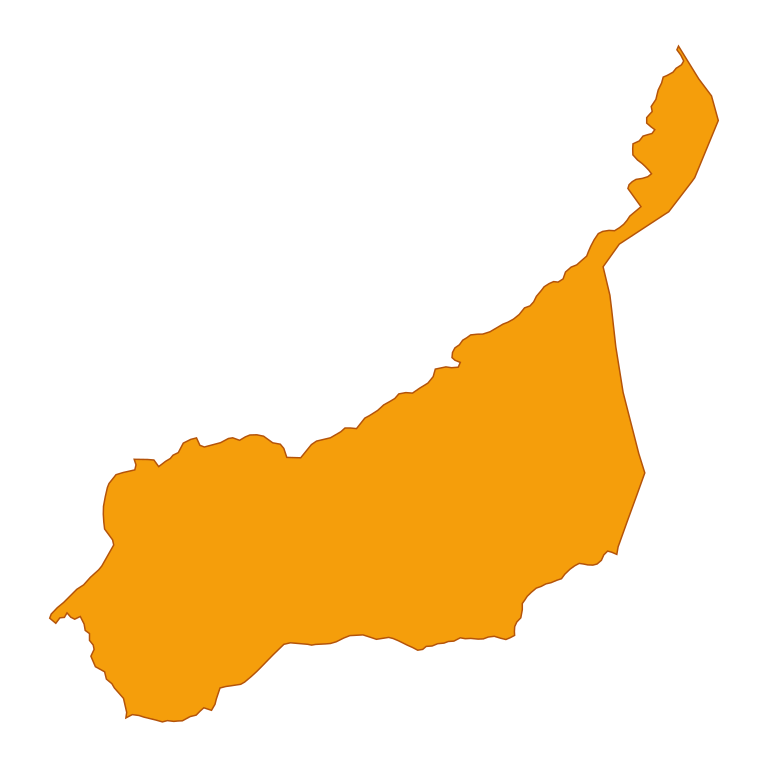 Tianguá, Ceará, Brazil (Mercator projection)
{"feature_id": "56859067B23050099272631", "entity_name": "Tianguá", "entity_type": "district", "adm_level": 2, "iso_a3": "BRA", "parent_name": "Brazil", "parent_adm1": "Ceará", "projection": "mercator", "projection_center": [-41.046, -3.659], "detail": "fine", "context": "isolated", "style": "filled", "palette": "amber", "viewbox_px": 768, "rotation_deg": 0, "n_neighbors": 0, "source": "geoboundaries", "source_scale": "gbopen_adm2", "svg_char_len": 3538}
<svg xmlns="http://www.w3.org/2000/svg" viewBox="0 0 768 768"><path d="M125.9,717.9L132.3,714.6L139.0,715.5L144.2,717.2L155.7,720.0L162.4,721.9L167.4,720.6L173.8,721.4L177.9,721.0L182.4,720.8L190.1,716.6L196.2,715.1L199.9,711.3L203.8,707.8L211.5,710.3L215.0,704.3L216.3,699.1L220.0,688.0L225.8,686.5L230.2,685.9L240.7,684.3L244.6,682.1L251.6,676.2L256.6,671.6L260.8,667.4L265.0,663.1L267.8,660.2L273.5,654.4L283.9,644.3L290.4,642.8L307.7,644.3L311.6,645.1L315.6,644.4L325.6,643.9L330.4,643.5L336.2,641.8L343.8,638.0L349.9,635.6L363.0,634.9L371.4,637.6L376.4,639.3L388.7,637.4L393.1,638.5L398.3,640.7L402.6,642.8L407.2,645.1L412.6,647.5L417.7,650.2L422.7,649.4L426.2,646.4L432.1,646.0L437.7,643.7L444.0,643.1L448.3,641.5L453.9,641.1L460.3,637.8L465.2,638.7L470.7,638.4L478.1,639.1L483.3,638.9L488.4,637.0L494.3,636.3L500.9,638.3L505.9,639.5L510.4,637.6L514.6,635.4L514.4,631.4L514.7,626.6L516.8,622.0L520.8,617.8L522.3,609.7L522.3,603.5L524.8,600.0L527.2,596.3L531.3,592.3L536.3,588.1L541.2,586.4L545.9,583.9L551.0,582.7L556.7,580.3L561.5,578.7L564.8,574.2L570.1,569.1L574.7,565.8L579.2,563.4L583.4,564.0L587.8,564.9L592.9,565.1L597.1,564.0L601.4,560.3L603.8,554.9L607.6,551.1L611.7,552.2L616.8,554.4L618.1,546.9L628.1,519.0L636.5,496.0L644.8,472.9L638.8,453.7L623.1,392.4L615.8,346.8L614.1,331.6L611.7,310.1L609.9,295.2L603.1,266.8L619.3,244.1L664.6,214.4L668.7,211.8L691.8,181.7L694.7,177.7L718.3,120.5L711.5,95.9L698.9,79.1L678.5,46.1L676.9,49.8L680.9,55.3L683.7,61.0L681.5,64.8L676.1,68.3L673.0,72.2L667.0,75.5L663.2,77.1L661.6,83.0L658.2,90.0L657.2,94.0L655.9,99.4L651.2,106.5L652.2,111.5L649.5,114.4L646.7,117.6L646.7,123.1L651.1,126.9L654.8,129.7L652.0,133.5L647.6,134.7L643.0,136.1L639.3,140.9L633.0,143.8L632.7,148.8L632.9,154.9L637.5,160.0L642.1,163.5L645.2,166.4L648.9,170.3L651.5,173.8L647.8,176.7L642.3,178.4L636.0,179.4L632.2,181.7L629.1,184.6L627.9,188.5L641.0,206.7L629.8,216.1L627.0,220.4L623.7,224.3L619.6,227.6L614.6,230.7L609.0,230.4L602.7,231.4L598.3,233.6L594.2,239.7L590.8,246.2L588.4,251.7L586.7,256.1L581.4,260.7L576.7,264.9L571.1,267.1L565.5,272.0L563.1,278.9L558.1,282.1L553.6,281.6L549.1,283.6L544.2,286.7L541.3,290.5L536.4,296.3L533.7,301.8L530.0,305.9L524.5,307.9L519.2,314.5L513.5,319.1L507.9,322.2L503.0,324.1L489.9,331.8L482.7,334.1L477.4,334.2L470.7,334.9L466.7,337.8L462.7,340.2L459.4,344.8L454.9,347.9L452.5,352.5L452.0,357.6L455.0,360.3L460.3,362.4L458.2,367.2L451.5,367.7L445.9,366.9L435.3,369.1L433.2,376.6L427.9,383.1L419.6,388.2L412.5,393.1L405.8,392.6L398.8,393.9L394.8,398.5L390.0,401.4L383.7,404.9L377.7,410.4L369.3,415.7L364.8,418.1L356.5,428.6L350.3,428.0L345.0,428.0L340.9,431.7L330.4,437.8L316.5,441.1L311.4,444.6L300.7,457.8L286.8,457.4L283.8,448.4L280.3,444.2L272.7,442.8L263.6,436.2L256.9,434.8L249.9,435.0L245.3,436.9L239.6,440.3L232.7,437.8L228.4,438.5L220.5,442.7L204.3,447.0L199.9,445.3L196.5,437.9L190.7,439.4L183.3,443.1L178.3,452.6L173.0,455.2L170.3,458.5L165.6,461.3L158.7,466.6L153.9,460.0L147.6,459.5L134.2,459.3L136.0,464.9L134.8,469.9L123.2,472.5L116.0,474.7L109.0,483.5L107.4,487.5L105.3,496.6L103.5,506.3L103.3,514.2L103.8,522.1L104.6,529.0L112.6,539.9L113.7,545.0L101.8,566.0L98.7,569.8L90.4,577.3L83.6,584.9L76.8,589.3L63.7,602.4L57.4,607.6L51.2,614.1L49.7,618.2L55.8,623.3L59.9,617.8L64.4,617.4L67.0,612.9L70.8,617.2L74.7,619.2L80.3,616.5L84.1,624.0L85.2,630.4L89.5,633.6L89.5,640.4L93.2,645.0L94.1,649.4L90.9,656.2L95.4,666.7L104.6,671.8L106.4,679.1L111.9,683.7L114.4,688.0L123.5,698.4L126.7,712.4L125.9,717.9Z" fill="#f59e0b" stroke="#b45309" stroke-width="1.5"/></svg>